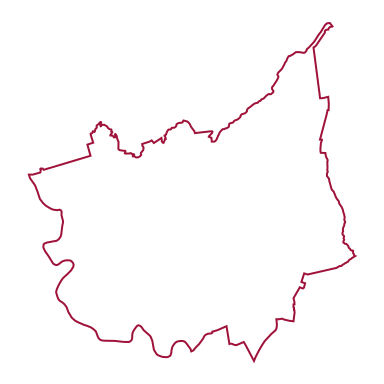 Ben Cat, Bình Dương, Vietnam
{"feature_id": "81297802B37785439564270", "entity_name": "Ben Cat", "entity_type": "district", "adm_level": 2, "iso_a3": "VNM", "parent_name": "Vietnam", "parent_adm1": "Bình Dương", "projection": "albers", "projection_center": [106.613, 11.132], "detail": "fine", "context": "isolated", "style": "outline", "palette": "rose", "viewbox_px": 384, "rotation_deg": 0, "n_neighbors": 0, "source": "geoboundaries", "source_scale": "gbopen_adm2", "svg_char_len": 5967}
<svg xmlns="http://www.w3.org/2000/svg" viewBox="0 0 384 384"><path d="M328.8,103.6L328.2,96.8L323.1,98.1L320.1,98.3L313.5,47.5L315.5,46.2L316.6,44.8L322.8,35.6L324.8,32.8L325.0,30.9L325.4,30.3L326.7,29.7L328.3,29.6L328.7,28.3L329.6,27.3L330.8,26.8L332.1,26.7L332.5,26.4L329.8,23.0L326.8,23.4L324.8,25.4L320.7,32.2L319.7,33.3L317.7,36.2L314.2,41.7L309.1,47.3L307.1,49.0L306.7,49.6L306.5,50.7L305.0,52.4L304.5,52.7L303.2,52.8L299.2,52.1L295.9,52.1L292.6,54.6L291.4,55.1L290.5,55.8L288.6,56.2L287.3,58.5L286.4,60.9L284.8,63.0L284.6,63.9L282.2,68.4L281.0,69.9L278.7,72.1L277.6,73.7L277.4,74.8L278.4,76.4L278.2,77.7L277.0,80.1L273.4,85.7L272.3,86.9L272.0,87.8L272.0,88.7L272.3,89.5L273.4,91.0L273.4,91.9L273.0,92.4L271.1,94.1L269.8,94.3L269.5,94.1L268.4,94.1L266.0,96.0L263.9,98.3L263.0,98.8L261.4,99.4L260.9,100.4L259.9,101.0L259.1,101.2L258.2,102.0L257.8,102.7L254.6,103.5L252.7,104.9L250.0,107.1L248.3,108.2L247.1,109.7L246.9,111.4L246.5,111.9L245.0,113.3L241.8,114.2L240.7,115.4L240.6,116.4L240.0,117.4L238.4,118.9L237.1,119.7L234.9,120.4L233.9,121.2L233.1,122.5L229.8,123.4L229.2,124.0L229.0,125.9L228.6,127.0L226.5,128.3L225.5,128.4L224.3,129.1L222.6,129.2L220.4,131.5L219.3,133.2L218.7,134.9L218.0,135.8L217.6,137.2L217.1,138.0L216.9,138.9L215.4,141.0L214.7,141.4L214.1,141.7L211.8,141.6L211.4,137.8L208.8,136.8L209.3,135.8L211.9,133.3L212.5,131.8L212.4,131.5L211.8,131.3L210.7,131.3L194.9,133.1L194.4,131.3L191.1,126.9L189.6,123.7L187.5,121.6L183.5,120.5L182.4,122.5L178.4,123.1L177.1,123.8L176.5,124.3L176.4,125.5L175.8,126.6L174.7,127.5L174.0,127.7L172.0,127.8L171.6,128.0L171.2,129.0L170.8,129.3L170.3,129.5L168.8,129.5L168.4,129.7L167.5,130.9L166.5,132.9L166.2,134.2L165.5,135.1L164.6,135.4L164.5,135.8L165.3,136.9L165.5,138.2L165.8,138.9L164.9,139.1L164.6,140.7L163.5,142.8L163.1,142.5L162.8,142.6L161.8,141.4L161.8,140.1L161.4,138.0L153.9,143.0L151.7,140.4L149.6,141.6L142.2,144.0L142.4,145.8L143.4,147.0L143.5,148.8L143.1,150.2L141.0,152.8L140.8,153.6L141.2,154.9L140.0,156.3L138.7,157.1L136.8,157.5L136.0,157.4L134.9,156.6L134.1,156.3L132.8,156.4L132.7,156.1L134.0,154.9L134.1,154.5L133.8,154.2L132.3,154.1L131.7,153.9L131.2,153.3L130.5,153.1L129.5,153.5L125.4,153.6L124.8,153.2L125.4,151.7L125.4,151.1L125.1,150.8L123.3,150.7L119.9,150.2L118.8,149.6L118.4,149.0L118.4,148.2L118.5,141.8L117.4,139.4L116.7,136.1L115.8,134.4L115.5,134.1L115.0,134.3L115.3,136.1L115.3,137.0L115.1,137.3L114.0,137.4L112.8,135.8L112.3,135.5L110.4,135.5L110.3,135.2L112.3,132.2L112.1,131.8L111.3,131.6L111.5,130.0L111.3,129.5L110.0,129.3L109.1,128.9L107.6,127.6L107.3,126.6L104.3,124.8L101.9,124.9L101.2,126.0L100.7,126.2L100.1,124.6L100.2,124.0L101.2,122.9L101.1,122.2L100.8,122.0L100.3,122.1L99.3,123.2L99.1,123.8L97.6,124.7L96.6,125.7L96.8,127.5L96.5,128.0L95.4,129.1L94.8,131.5L94.5,131.9L93.1,131.2L92.7,131.5L92.5,132.6L92.2,133.1L91.2,133.6L90.7,133.6L90.6,134.4L93.2,142.7L87.4,144.6L90.5,155.8L43.7,169.8L42.5,168.5L40.7,168.5L40.3,168.9L40.3,169.2L40.8,169.7L40.3,172.5L32.8,174.6L28.9,174.6L30.0,178.2L35.1,185.4L37.3,191.1L39.9,198.9L42.9,202.9L45.4,205.3L48.7,207.5L51.9,209.2L53.6,209.7L57.3,210.2L59.7,209.7L61.1,210.5L61.4,211.2L61.6,211.9L61.5,215.2L63.0,221.0L63.0,222.4L62.3,225.8L61.2,234.8L60.5,236.8L58.9,239.1L56.8,240.7L47.2,242.5L44.7,243.4L43.7,244.2L43.3,246.6L43.6,248.1L45.2,251.4L48.6,256.2L52.6,262.7L53.8,264.1L55.8,265.0L57.0,265.0L58.4,264.4L62.1,261.5L65.2,260.4L69.0,260.3L70.7,260.7L71.8,261.5L73.2,263.3L73.6,264.6L73.3,266.8L71.0,270.5L67.3,274.2L63.2,277.9L61.4,280.3L58.8,284.8L56.7,289.5L56.1,292.3L57.5,297.0L58.5,299.3L59.8,300.8L62.7,302.7L64.7,304.5L65.2,305.2L66.7,307.4L68.3,311.9L71.7,317.6L74.9,320.5L77.5,322.0L84.1,324.9L87.6,326.0L91.3,327.6L94.3,329.8L96.0,331.7L97.9,336.9L98.8,338.5L100.6,340.0L102.4,340.5L104.1,340.7L114.6,340.9L123.7,341.9L129.1,342.0L131.4,340.4L132.1,338.7L132.4,333.6L133.0,331.8L134.1,329.9L136.3,326.8L137.6,325.5L138.5,325.3L140.1,325.8L141.4,326.9L143.7,330.2L149.7,335.5L150.7,336.8L152.3,340.8L153.9,349.7L156.5,354.0L157.8,355.1L160.9,356.4L163.2,357.0L165.3,357.1L166.8,357.2L168.0,356.9L169.9,356.0L170.6,355.0L171.3,352.9L171.5,350.3L172.2,347.3L173.6,344.8L175.1,343.0L176.5,341.9L177.8,341.4L180.8,340.9L182.6,341.0L184.5,341.5L186.1,343.0L190.2,348.5L190.8,349.6L191.3,351.4L193.3,350.5L195.8,347.4L199.0,344.2L203.0,338.8L204.3,336.1L205.6,334.8L208.1,333.7L210.8,333.5L211.8,333.2L212.3,332.7L212.3,331.7L217.4,330.2L226.5,326.2L229.4,344.0L230.2,343.7L231.9,343.8L234.7,345.0L236.5,345.1L243.8,342.0L246.0,345.8L254.0,361.0L255.7,356.8L259.2,350.0L262.4,344.6L264.8,341.0L271.3,334.0L275.5,330.3L276.1,329.2L276.6,327.7L276.9,324.4L276.4,319.2L278.5,319.3L281.9,318.7L282.7,318.8L283.6,319.4L288.9,320.7L293.5,321.3L294.6,312.4L294.3,310.0L294.0,310.0L294.0,307.7L293.5,307.4L293.5,304.4L294.5,304.3L294.4,301.9L293.5,298.2L299.8,287.3L302.6,288.4L303.2,288.4L304.0,287.5L305.1,283.3L301.4,282.0L304.2,273.4L307.6,274.5L336.5,267.9L339.5,266.1L341.4,266.0L342.4,264.9L343.8,264.2L344.7,263.4L346.1,262.8L346.9,262.2L347.9,261.8L349.3,259.8L351.2,258.8L351.6,258.3L355.1,256.1L354.2,255.8L354.0,254.5L353.1,253.1L353.1,250.8L352.8,250.5L351.8,250.6L350.5,249.9L350.0,248.7L348.8,247.8L348.3,246.1L347.2,244.7L346.3,243.9L345.0,243.8L344.2,243.0L343.4,242.6L343.3,242.1L343.5,241.1L344.2,239.8L343.6,238.3L344.1,236.4L344.0,236.0L342.8,234.8L342.5,234.1L342.5,233.2L342.6,232.3L343.1,231.5L342.9,229.6L343.1,228.0L344.2,225.5L344.4,223.6L344.9,222.9L345.2,222.1L344.3,219.9L344.7,217.0L344.3,215.9L344.3,215.0L343.3,212.1L343.0,210.2L341.7,207.1L339.2,203.5L338.8,201.3L337.1,199.2L336.0,197.4L333.7,191.6L332.3,190.2L331.6,189.2L329.3,181.0L329.0,178.7L327.0,176.1L326.9,174.1L327.2,172.9L327.8,171.7L327.3,170.4L327.5,167.6L327.3,161.5L327.6,161.2L327.6,159.9L326.1,156.8L325.6,154.8L325.4,153.0L320.8,152.8L320.5,151.6L320.4,149.1L320.9,143.1L322.0,139.9L321.9,139.6L320.0,139.6L326.6,114.7L327.6,110.1L328.6,110.1L328.8,103.6Z" fill="none" stroke="#9f1239" stroke-width="2"/></svg>